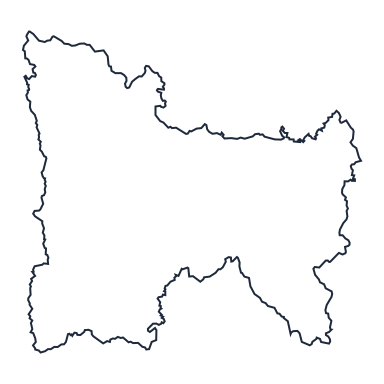 Ambatofinandrahana, Amoron'i Mania, Madagascar
{"feature_id": "10022922B11162683268422", "entity_name": "Ambatofinandrahana", "entity_type": "district", "adm_level": 2, "iso_a3": "MDG", "parent_name": "Madagascar", "parent_adm1": "Amoron'i Mania", "projection": "mercator", "projection_center": [46.283, -20.456], "detail": "fine", "context": "isolated", "style": "outline", "palette": "slate", "viewbox_px": 384, "rotation_deg": 0, "n_neighbors": 0, "source": "geoboundaries", "source_scale": "gbopen_adm2", "svg_char_len": 5859}
<svg xmlns="http://www.w3.org/2000/svg" viewBox="0 0 384 384"><path d="M152.4,71.2L148.7,66.3L146.1,65.9L144.8,67.9L145.5,70.8L144.8,73.0L141.7,76.5L139.1,76.3L135.3,79.0L132.1,81.7L129.2,87.5L127.2,88.1L125.7,86.8L125.0,83.7L126.5,80.9L126.3,77.7L124.2,75.1L121.0,73.1L115.3,73.1L111.5,70.8L111.0,66.6L109.3,66.3L108.5,64.6L107.7,56.3L103.6,50.4L94.9,51.6L89.7,44.9L86.8,44.8L84.3,43.5L79.8,43.7L75.2,45.5L71.8,45.8L68.6,44.1L64.3,43.7L61.7,41.0L53.8,36.3L52.5,36.7L50.3,40.3L47.4,40.6L44.8,42.0L39.0,40.7L33.3,34.0L29.8,31.6L29.0,31.5L26.8,35.0L26.4,36.4L28.2,40.5L23.9,45.7L23.0,50.0L24.8,51.3L25.3,58.4L26.7,58.4L28.5,59.8L30.0,64.1L34.2,64.9L35.4,66.5L32.6,69.1L33.3,72.6L34.8,72.9L35.9,75.0L35.1,76.7L31.8,76.1L29.1,79.1L27.4,78.4L25.7,75.8L24.4,76.8L27.2,82.8L27.0,84.3L28.7,84.8L28.2,86.9L29.2,89.2L28.9,90.1L27.6,90.4L27.9,92.6L26.3,95.2L27.6,99.5L30.3,101.6L29.9,107.2L31.1,110.8L34.8,114.8L36.8,120.9L35.8,123.1L37.3,124.9L36.6,127.3L39.5,133.6L38.7,135.0L39.1,137.2L38.4,139.4L40.8,141.8L39.8,143.7L40.5,145.4L39.9,149.7L41.8,151.6L44.2,156.3L45.8,156.8L46.4,158.3L43.4,170.2L41.6,172.4L42.6,176.1L43.8,178.1L45.1,178.4L44.7,179.9L45.6,181.8L44.7,183.7L45.8,185.9L44.7,189.1L45.3,192.3L44.0,195.2L41.9,196.0L41.5,197.8L43.2,203.8L40.3,209.5L39.0,210.6L34.6,210.9L33.2,213.7L35.0,216.3L42.3,221.2L42.2,223.5L44.0,228.3L42.8,232.7L44.4,235.5L44.1,239.2L45.2,239.5L43.2,243.7L44.7,247.9L46.0,248.4L45.7,254.3L47.3,255.0L48.4,257.8L47.7,259.6L48.1,263.9L43.7,263.4L42.3,264.7L34.6,266.3L33.1,269.6L33.6,271.7L32.3,271.9L35.1,275.9L31.1,278.9L32.1,281.0L29.8,284.5L30.9,286.4L30.2,288.1L30.6,294.9L28.3,298.2L28.2,300.2L29.8,303.4L29.6,304.7L32.3,308.8L28.6,314.3L30.3,316.3L29.6,318.3L32.3,320.5L30.9,323.0L32.3,329.1L30.6,332.3L33.2,333.1L35.2,338.2L35.8,342.0L33.0,345.4L35.2,348.4L35.2,349.5L38.8,350.5L40.6,352.5L45.1,351.2L48.0,349.1L50.7,349.2L54.3,346.9L57.7,347.0L61.4,344.4L64.0,344.3L65.9,342.0L68.0,334.1L69.3,333.7L70.7,335.1L71.6,334.5L72.3,335.8L74.4,332.7L75.4,332.8L76.7,333.1L77.4,334.9L80.4,335.0L84.3,331.8L84.8,330.1L88.5,329.8L91.6,331.1L91.8,334.3L93.2,336.2L103.2,343.4L107.1,341.1L109.9,341.9L110.3,339.6L112.7,338.5L115.1,338.8L117.8,336.9L120.8,338.0L123.0,337.5L128.6,342.3L130.6,341.7L133.1,343.1L138.1,342.9L142.4,346.8L145.0,347.4L146.3,349.5L149.1,349.1L151.7,341.9L156.2,340.1L156.4,330.2L155.0,328.0L149.9,332.0L148.0,330.7L147.9,328.8L153.0,323.7L156.5,323.6L158.8,324.9L161.2,323.7L161.7,322.3L163.3,323.2L164.7,321.3L163.7,318.9L161.8,317.9L163.1,316.7L160.8,315.5L161.7,314.7L158.8,311.7L159.8,309.4L161.3,308.6L160.6,308.0L160.8,306.1L159.4,305.7L160.2,302.2L157.6,298.6L158.6,297.2L162.1,296.6L162.9,294.6L165.3,295.1L165.3,291.4L164.1,291.1L165.4,289.2L164.7,288.5L165.5,285.9L167.3,285.5L170.5,281.7L174.7,279.9L174.4,277.7L176.1,276.2L175.6,274.8L178.5,275.9L181.7,268.8L182.6,269.3L187.5,267.6L188.3,268.2L189.2,276.5L193.0,276.2L200.3,281.7L203.3,279.3L204.1,277.3L209.7,276.6L215.6,272.8L218.5,269.2L220.4,269.3L222.8,267.3L225.8,261.7L225.2,259.2L228.7,257.1L230.9,257.5L231.3,261.6L232.7,261.3L236.9,257.0L237.9,257.8L239.6,262.5L239.4,266.4L241.0,272.7L242.1,273.0L244.4,276.6L249.0,277.9L250.4,286.3L254.5,294.0L260.0,297.9L262.0,301.7L265.6,303.1L267.9,306.0L274.5,307.8L277.4,313.4L279.5,313.7L281.6,316.5L283.9,317.0L283.7,318.0L287.8,321.2L290.6,334.0L291.2,332.5L293.2,331.2L297.4,330.9L299.6,333.3L301.8,341.9L309.8,345.3L311.7,344.0L312.4,341.8L316.4,338.9L316.7,337.6L320.0,338.9L321.1,342.0L329.0,343.6L330.2,341.4L329.9,339.2L328.3,336.5L326.0,335.1L325.9,333.3L329.2,331.9L331.5,329.6L330.5,329.4L330.0,327.3L331.4,320.8L328.7,317.7L328.2,313.6L326.0,313.1L325.4,310.1L326.7,305.0L331.5,296.9L332.2,293.9L331.6,291.4L325.7,288.3L324.1,284.3L320.0,282.3L318.9,279.4L315.1,274.8L313.4,268.7L314.8,267.0L319.3,267.5L325.7,260.6L327.7,260.5L329.2,262.0L330.2,261.8L338.9,252.9L342.6,254.5L345.4,253.2L345.9,251.9L345.0,246.9L348.3,245.9L349.5,244.7L349.6,242.6L348.3,240.2L345.4,238.5L342.7,235.3L339.7,235.2L339.4,232.6L340.0,229.4L343.3,223.1L346.5,219.4L347.4,216.4L346.6,210.9L347.9,208.5L346.6,205.7L347.0,201.2L345.0,199.8L345.9,197.4L342.6,194.3L342.0,192.6L342.3,189.0L344.4,185.2L344.6,181.3L348.1,181.4L350.5,179.7L351.7,180.8L354.9,180.9L354.9,179.2L352.9,178.9L354.2,175.4L351.9,175.1L352.9,170.2L351.5,168.7L350.8,166.0L351.9,164.5L354.2,164.2L355.7,162.2L361.0,160.8L359.0,157.4L356.3,148.1L352.8,145.6L350.5,142.3L352.9,138.9L353.6,131.3L353.0,129.6L350.8,127.6L346.2,120.4L341.6,122.8L340.5,122.5L339.4,119.9L340.6,116.8L338.9,113.0L336.5,110.8L334.2,113.6L332.5,113.8L332.1,116.9L328.2,117.6L328.5,120.1L325.7,122.9L323.6,123.5L324.8,125.1L324.3,127.6L321.3,128.4L321.9,130.7L319.0,129.3L317.4,130.9L316.1,133.8L317.2,134.8L315.0,136.6L316.0,138.2L315.6,139.3L312.0,138.2L310.6,136.2L309.2,135.9L308.6,133.9L304.8,137.3L303.2,140.1L304.3,140.9L303.2,142.1L299.9,139.1L298.4,140.1L300.3,141.2L300.2,142.1L293.8,141.5L293.6,139.4L289.5,139.4L289.1,137.8L286.5,137.1L287.4,133.0L284.9,133.0L282.8,130.8L284.0,128.7L282.4,126.6L281.4,127.3L281.2,129.5L280.1,131.1L282.1,135.7L284.2,137.4L283.6,138.5L281.0,139.6L274.8,139.4L264.6,136.7L262.6,134.4L259.9,134.8L258.9,133.7L255.1,134.2L252.7,136.4L244.7,138.7L240.7,137.6L237.1,138.9L231.3,138.1L224.5,138.5L222.5,136.4L223.6,134.8L221.7,132.6L220.7,134.8L216.9,133.1L212.5,133.8L209.1,131.8L207.2,129.3L206.4,125.1L204.8,124.1L201.3,128.1L196.6,128.6L191.3,131.4L189.6,130.9L187.8,133.6L186.0,133.9L176.1,127.7L172.0,128.1L170.5,126.8L168.3,127.7L163.4,122.5L160.2,121.1L155.5,115.0L155.5,106.5L160.3,105.8L161.3,107.0L163.6,107.5L165.6,105.8L165.0,103.6L165.8,101.6L164.7,100.5L162.9,100.9L161.4,98.4L160.8,95.4L161.3,92.8L157.8,91.6L156.9,90.2L157.9,88.9L163.9,89.7L164.0,88.4L162.8,86.8L164.5,84.5L164.4,83.2L161.4,81.2L161.2,77.5L159.1,76.2L157.5,72.9L154.7,72.8L152.4,71.2Z" fill="none" stroke="#1e293b" stroke-width="2"/></svg>